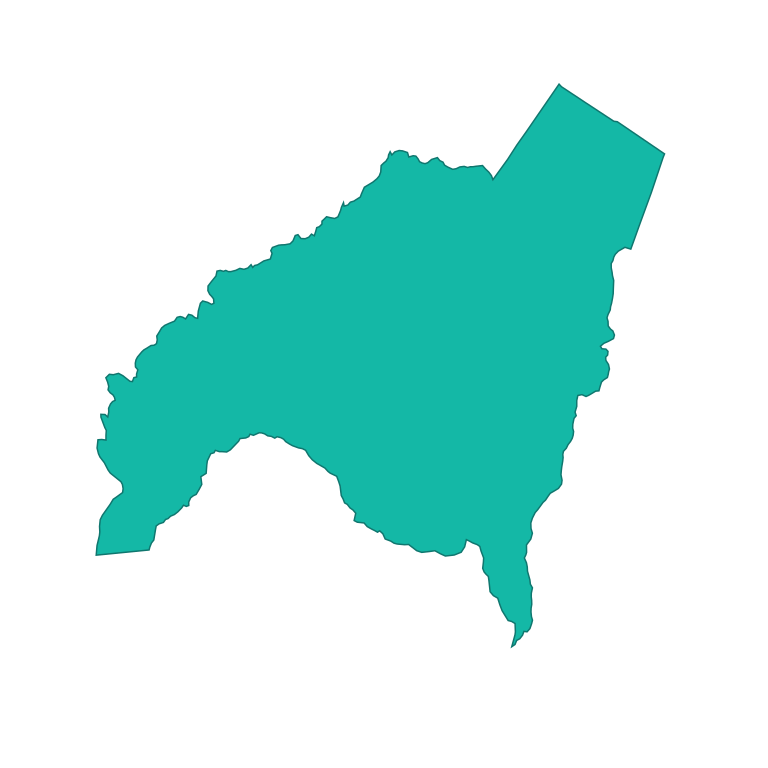 Theobroma, Rondônia, Brazil (Robinson projection), rotated 173°
{"feature_id": "56859067B32402961436", "entity_name": "Theobroma", "entity_type": "district", "adm_level": 2, "iso_a3": "BRA", "parent_name": "Brazil", "parent_adm1": "Rondônia", "projection": "robinson", "projection_center": [-62.291, -10.089], "detail": "fine", "context": "isolated", "style": "filled", "palette": "teal", "viewbox_px": 768, "rotation_deg": 173, "n_neighbors": 0, "source": "geoboundaries", "source_scale": "gbopen_adm2", "svg_char_len": 5339}
<svg xmlns="http://www.w3.org/2000/svg" viewBox="0 0 768 768"><g transform="rotate(173 384 384)"><path d="M77.5,578.2L120.5,615.9L123.9,616.8L150.3,639.2L171.6,657.4L173.7,660.3L211.8,617.3L223.0,605.0L234.0,591.8L251.0,573.5L252.0,577.8L254.2,581.6L257.0,585.0L259.6,588.8L266.1,588.9L269.1,588.8L271.9,589.1L274.6,588.7L277.9,590.2L282.2,590.2L286.1,588.9L289.6,588.7L294.2,591.5L297.2,593.8L298.4,597.0L301.4,598.9L303.4,602.2L309.4,601.1L313.6,598.3L316.4,597.7L319.2,598.7L321.6,600.3L322.8,603.4L324.6,606.3L327.2,607.0L331.7,606.3L332.5,610.9L337.1,613.1L340.5,613.9L344.9,613.1L348.3,610.4L349.6,613.8L351.5,610.9L352.3,608.1L354.9,604.9L357.3,603.4L360.2,601.2L361.4,594.8L363.4,591.0L366.1,588.5L370.5,585.7L375.2,583.6L379.5,581.7L383.3,575.3L384.7,572.5L389.2,570.4L391.6,569.2L395.2,568.6L398.1,566.0L401.9,565.4L402.1,568.9L404.7,564.6L406.0,561.4L407.8,558.2L409.4,555.5L412.7,554.3L417.2,555.7L420.6,557.0L423.2,555.0L425.7,553.2L426.1,550.3L429.1,548.0L431.7,547.4L433.2,543.7L435.1,539.6L437.7,541.6L440.7,538.9L444.5,537.8L448.7,538.5L451.2,542.7L454.0,542.2L456.9,537.1L460.1,534.6L465.4,534.3L469.2,534.6L471.7,534.6L478.1,533.1L480.1,530.2L479.2,527.3L481.6,521.9L488.3,520.8L495.0,517.7L498.0,517.4L500.1,515.7L501.4,518.6L505.0,515.7L509.0,514.9L513.0,516.3L517.1,514.9L522.3,514.2L524.8,514.5L527.2,516.0L529.6,515.4L532.7,516.7L536.0,516.4L537.6,511.7L542.7,506.8L546.7,502.7L547.4,498.1L546.1,494.3L544.4,492.0L542.8,489.3L543.0,484.9L545.4,484.0L549.0,486.5L553.8,488.5L556.4,486.5L559.4,479.1L560.3,475.1L561.0,471.9L563.5,472.8L566.3,475.7L569.5,476.9L573.0,472.8L575.6,474.8L578.1,475.8L581.2,475.4L584.3,471.9L589.8,470.4L594.5,468.9L597.9,466.7L600.8,462.9L603.7,459.3L603.7,455.4L604.9,451.8L607.4,450.5L610.5,450.6L615.4,448.3L618.2,447.1L620.5,445.4L625.4,440.8L627.2,438.2L628.3,435.0L628.6,431.2L626.6,428.1L628.4,424.0L628.7,421.1L631.5,420.8L633.4,417.1L635.8,417.6L642.1,424.0L646.2,426.9L651.5,426.2L655.4,427.1L659.3,424.1L658.1,419.7L657.5,415.2L658.6,411.8L656.8,408.6L654.4,406.3L653.2,403.8L652.8,400.6L655.6,399.6L657.9,397.5L660.3,393.5L660.6,389.7L662.2,384.9L664.6,387.7L668.7,388.4L669.0,385.6L666.4,374.8L665.3,371.8L666.2,367.0L666.8,362.2L670.8,363.3L674.7,363.5L676.6,355.4L675.9,349.6L674.8,346.1L671.2,340.0L668.3,332.2L666.5,328.9L657.0,319.1L655.9,316.2L655.7,311.9L656.7,308.1L663.7,304.2L666.8,302.6L670.5,297.9L679.5,288.0L682.2,283.9L683.7,277.3L684.1,271.8L685.0,268.0L688.5,258.7L690.5,249.2L637.4,247.9L636.3,250.7L634.2,254.5L631.5,257.2L628.4,267.8L627.4,270.9L624.3,272.6L619.8,273.5L617.3,276.2L614.8,276.7L612.0,278.8L607.9,280.0L604.1,282.3L599.9,285.7L597.8,288.1L595.1,286.6L592.6,287.2L592.2,290.7L589.7,294.7L586.7,296.4L583.9,297.3L580.2,302.1L577.1,306.6L577.1,314.3L571.4,317.0L569.7,325.5L568.7,329.3L564.5,335.9L561.1,336.5L559.5,338.7L555.6,336.9L553.0,336.6L548.4,335.7L544.5,337.4L535.3,344.9L533.6,347.4L527.8,347.3L524.6,348.3L523.1,350.5L519.8,349.0L514.0,350.8L511.5,350.4L508.6,349.1L505.7,346.7L502.3,345.8L499.0,343.6L496.5,344.7L492.7,343.2L490.3,341.4L488.6,338.8L485.2,336.0L482.3,333.9L476.6,331.0L472.9,329.8L469.9,327.8L467.4,322.0L464.4,317.5L460.4,313.4L452.9,307.8L450.2,304.0L448.3,302.1L442.2,298.2L440.8,292.4L440.0,288.1L440.0,278.5L438.6,274.9L437.6,270.8L435.1,269.0L432.8,265.1L430.2,262.8L427.8,259.2L430.3,252.1L427.4,250.1L420.7,248.5L418.0,244.5L414.5,241.9L410.9,239.5L408.5,237.7L406.2,238.8L403.4,235.5L401.7,230.0L396.5,227.3L393.5,224.8L390.5,223.6L383.2,222.0L379.1,221.7L371.9,214.6L367.1,212.3L359.6,212.2L353.8,212.3L348.8,208.7L344.1,205.8L335.1,205.7L327.9,207.6L323.8,212.5L321.2,219.5L318.4,217.7L315.4,215.5L311.0,213.2L308.7,211.1L308.0,206.3L306.3,199.2L307.0,195.3L308.5,189.0L307.5,185.2L305.8,182.6L303.9,180.3L303.8,176.2L304.0,164.9L301.2,160.6L297.2,157.6L295.9,150.7L294.4,144.6L289.6,134.1L286.3,132.8L283.1,130.3L283.8,121.9L284.5,119.2L289.2,107.7L285.7,109.5L283.6,113.3L280.3,114.6L277.1,117.8L275.3,121.4L272.2,120.6L269.0,123.4L266.7,128.1L265.4,131.5L266.0,135.1L265.9,139.8L265.3,143.6L264.2,147.3L263.8,151.5L263.8,154.8L263.3,158.3L261.5,163.6L263.1,167.4L263.1,171.9L264.4,180.7L264.1,184.9L264.4,189.2L265.9,194.2L264.1,197.0L263.0,199.5L262.2,206.9L257.2,212.2L254.9,217.8L255.7,222.7L255.2,228.2L253.0,232.9L249.6,238.0L246.8,240.5L243.4,244.1L240.6,247.1L237.9,249.0L234.9,252.5L232.3,255.3L228.5,256.9L223.6,259.1L220.0,263.0L219.0,266.8L219.4,272.4L218.5,276.7L217.7,280.0L216.0,285.7L215.2,289.2L215.1,292.3L214.1,295.3L210.9,298.0L208.7,301.4L205.9,304.2L203.8,307.1L202.5,310.1L201.6,313.8L202.1,317.1L201.5,321.0L199.6,326.7L197.1,329.1L197.8,332.8L195.4,338.3L194.7,344.1L193.0,349.0L188.8,349.3L185.0,347.0L182.3,347.8L179.5,349.0L174.8,351.1L171.5,351.0L170.2,354.3L167.9,359.4L165.5,361.3L161.5,363.2L160.3,366.2L159.5,368.9L158.4,371.4L158.8,376.0L160.9,380.4L160.7,383.6L158.5,385.5L157.7,389.1L159.5,391.6L163.4,392.4L164.6,395.1L160.8,397.6L156.1,399.0L150.7,401.1L149.3,404.5L150.4,408.8L152.5,410.9L154.4,414.3L154.0,418.9L154.6,422.5L153.2,425.6L150.4,430.0L149.7,433.1L148.3,436.4L146.7,441.4L145.5,445.8L144.8,450.3L143.4,458.8L144.0,463.8L144.0,467.1L144.3,471.6L143.8,475.9L141.8,478.5L140.4,482.1L138.6,484.6L135.3,487.3L128.2,490.3L122.6,487.8L118.6,495.7L110.7,511.4L95.3,541.5L79.3,575.0L77.5,578.2Z" fill="#14b8a6" stroke="#0f766e" stroke-width="1.5"/></g></svg>